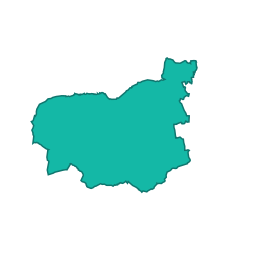 Maynooth Lea-5, Kildare, Ireland, rotated 330°
{"feature_id": "5873133B22694450243518", "entity_name": "Maynooth Lea-5", "entity_type": "district", "adm_level": 2, "iso_a3": "IRL", "parent_name": "Ireland", "parent_adm1": "Kildare", "projection": "mercator", "projection_center": [-6.655, 53.364], "detail": "fine", "context": "isolated", "style": "filled", "palette": "teal", "viewbox_px": 256, "rotation_deg": 330, "n_neighbors": 0, "source": "geoboundaries", "source_scale": "gbopen_adm2", "svg_char_len": 3972}
<svg xmlns="http://www.w3.org/2000/svg" viewBox="0 0 256 256"><g transform="rotate(330 128 128)"><path d="M102.6,74.6L101.9,74.2L101.7,74.4L100.7,72.9L99.9,72.5L99.2,71.5L98.9,72.0L97.8,72.1L97.4,72.5L93.1,71.6L92.5,70.7L91.0,70.3L90.5,69.6L90.0,69.7L90.0,69.0L86.8,67.0L81.7,64.9L78.0,63.9L76.3,64.0L73.3,62.8L69.8,63.8L63.2,63.2L58.5,66.1L56.9,67.9L55.6,70.2L53.5,71.5L53.2,70.7L49.8,74.0L49.0,74.3L47.5,74.1L47.6,78.7L45.9,80.4L43.7,81.8L43.3,84.6L42.5,86.1L42.3,88.0L38.0,93.7L39.4,93.5L40.3,94.4L41.9,94.9L41.9,95.3L42.9,96.3L43.1,97.3L44.4,99.3L44.8,101.0L46.8,105.2L48.4,107.0L47.6,107.0L43.2,112.7L42.1,115.6L42.8,116.9L42.6,117.6L37.1,124.0L35.6,128.6L40.6,129.7L42.6,129.7L51.0,132.1L53.8,133.2L54.2,133.7L60.1,130.5L60.1,130.1L60.6,130.2L61.2,131.0L61.4,132.3L62.5,133.3L63.0,134.6L63.7,135.3L64.0,136.5L63.9,137.3L64.4,138.2L64.0,139.5L64.8,140.6L64.8,141.3L65.9,142.4L66.1,143.3L66.0,145.7L65.5,146.8L61.0,150.0L61.5,151.6L63.1,153.2L63.8,154.8L63.7,155.7L63.3,156.3L63.4,157.5L63.1,157.9L63.3,158.8L65.5,161.5L66.0,161.9L67.7,162.2L70.1,161.9L71.0,162.3L76.4,162.5L77.5,163.9L79.6,164.9L80.7,166.8L81.4,167.3L85.0,169.3L86.0,170.9L87.9,170.5L88.2,171.1L90.0,171.7L90.4,171.4L90.7,172.0L91.5,171.6L92.2,171.9L92.7,171.6L93.8,171.8L93.7,171.6L94.5,171.7L94.6,172.3L95.8,173.3L98.1,173.3L99.5,173.0L99.9,175.6L101.4,174.5L103.3,180.1L105.4,183.3L106.7,186.3L106.3,186.6L107.6,189.0L107.9,190.5L109.5,190.0L112.4,192.7L113.5,192.4L117.7,192.4L118.1,193.1L120.2,193.2L121.4,192.1L125.0,191.0L125.4,190.5L125.5,190.9L125.8,190.8L126.1,191.1L127.1,191.4L129.3,192.8L130.9,192.5L133.0,192.7L133.7,192.2L134.0,190.5L136.5,189.8L137.4,187.9L139.8,185.7L143.6,186.0L145.9,185.1L147.3,185.5L148.7,186.7L150.0,187.2L152.1,186.5L161.6,188.6L162.1,187.9L163.1,188.0L164.7,187.8L165.7,187.1L166.0,186.1L165.9,183.7L167.6,179.4L168.4,178.5L169.8,178.0L169.0,176.9L167.9,176.7L166.0,175.7L168.0,172.2L169.0,168.4L170.3,165.4L169.9,165.3L169.4,164.4L168.5,161.9L165.3,161.2L165.3,160.6L164.4,160.4L167.5,153.0L168.1,150.4L169.5,147.8L172.0,149.1L172.2,148.8L176.7,149.5L176.8,150.9L177.3,151.1L177.1,151.5L178.7,152.3L179.4,152.3L181.4,150.9L182.1,151.7L182.0,152.4L183.8,153.2L187.1,148.1L184.9,146.7L185.5,144.1L185.4,141.0L186.5,133.7L185.9,132.3L186.0,130.2L186.4,129.9L186.9,130.1L188.1,128.8L189.1,129.7L189.5,130.5L190.3,130.9L190.7,130.8L191.9,129.5L194.8,129.1L196.3,130.8L198.1,129.0L197.9,128.7L196.8,128.4L196.2,124.3L197.0,122.5L197.8,122.0L198.0,121.3L197.6,120.6L196.6,120.5L197.5,115.5L200.4,116.1L200.0,119.0L202.2,118.6L202.6,117.8L204.5,118.6L204.2,119.8L204.9,120.2L205.0,121.3L205.4,121.4L206.8,119.6L207.3,117.8L207.5,117.8L207.7,116.7L208.2,116.0L210.1,116.8L211.1,114.8L212.0,115.0L212.5,113.9L212.0,113.6L212.6,112.2L213.5,112.6L213.8,113.3L215.2,111.9L216.1,111.9L217.3,110.9L218.0,110.0L217.7,109.8L219.9,104.7L220.2,104.9L220.4,103.8L220.2,103.6L218.8,102.6L216.0,101.3L215.7,102.0L214.8,102.2L214.4,103.4L213.8,102.5L212.5,102.0L212.2,101.1L211.7,100.6L211.9,99.6L211.7,98.9L211.0,98.2L205.5,98.0L201.7,95.4L201.1,94.0L200.9,91.6L198.8,89.1L197.6,88.7L196.9,86.9L195.7,86.9L195.3,87.6L192.6,89.6L189.6,93.9L186.6,97.1L186.1,98.2L183.5,99.3L182.5,101.6L184.2,104.3L182.1,104.0L181.0,103.0L177.9,103.1L177.1,102.1L175.2,101.6L173.4,99.6L169.0,96.1L163.7,94.7L161.3,94.7L159.4,93.5L157.5,94.7L156.5,94.3L152.1,94.0L151.8,94.8L151.1,95.0L149.9,94.2L147.0,95.2L145.2,95.0L143.9,95.7L134.8,97.4L134.2,97.3L133.6,96.5L132.4,97.3L127.8,94.8L127.7,94.4L126.6,93.6L126.3,93.7L125.5,91.3L125.4,87.3L124.9,87.3L125.0,86.6L124.2,86.1L124.1,85.2L123.2,84.3L121.8,84.1L121.6,83.9L121.5,84.1L121.2,83.7L121.1,84.2L120.6,84.2L119.2,83.7L119.0,83.1L118.9,83.4L117.5,83.2L116.6,82.6L116.6,82.3L115.3,81.9L115.0,81.3L115.2,81.2L113.6,80.0L112.3,79.6L111.9,79.2L111.5,79.3L109.7,77.4L108.9,77.7L108.0,77.6L107.4,77.0L107.5,76.2L105.1,76.0L104.3,75.4L103.7,75.6L103.5,75.0L103.0,75.2L103.1,74.8L102.6,74.6Z" fill="#14b8a6" stroke="#0f766e" stroke-width="1.5"/></g></svg>